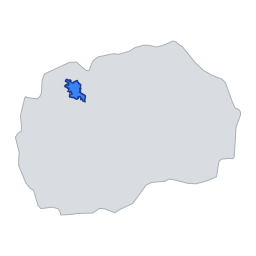 Zhelino, Želino, North Macedonia shown in context
{"feature_id": "65306769B31253280068655", "entity_name": "Zhelino", "entity_type": "district", "adm_level": 2, "iso_a3": "MKD", "parent_name": "North Macedonia", "parent_adm1": "Želino", "projection": "equal_earth", "projection_center": [21.113, 41.927], "detail": "fine", "context": "in_parent", "style": "filled", "palette": "blue", "viewbox_px": 256, "rotation_deg": 0, "n_neighbors": 0, "source": "geoboundaries", "source_scale": "gbopen_adm2", "svg_char_len": 2176}
<svg xmlns="http://www.w3.org/2000/svg" viewBox="0 0 256 256"><path d="M113.4,53.7L118.3,54.3L128.9,51.4L135.5,47.3L138.9,46.7L143.3,45.1L149.8,45.4L156.3,47.1L164.6,44.8L172.8,41.0L176.0,41.9L179.6,45.2L181.9,46.1L195.6,63.1L203.1,70.1L211.9,75.3L221.9,79.1L225.5,82.8L232.0,101.1L235.1,108.0L239.4,110.0L240.4,112.0L240.6,114.7L236.0,127.5L234.3,156.3L233.1,158.6L228.1,158.5L221.5,159.1L219.0,161.4L216.4,176.9L205.7,181.3L196.0,183.8L187.8,183.3L173.4,179.6L168.7,179.2L164.6,181.3L151.8,182.4L146.1,185.1L132.9,203.3L119.5,209.6L114.9,212.8L104.6,208.8L99.7,208.4L92.6,213.0L77.0,213.5L72.8,214.3L60.8,215.0L60.3,212.5L58.1,208.8L52.5,207.1L41.0,208.6L38.2,205.9L33.5,190.4L29.9,188.0L25.8,182.8L18.8,166.0L18.7,158.7L19.2,152.3L15.4,137.3L17.7,133.5L21.3,131.1L21.4,125.1L20.4,115.9L24.7,97.9L25.8,96.6L26.9,97.5L37.2,98.9L39.8,96.6L41.5,93.1L42.1,80.0L44.5,73.9L69.3,62.4L76.5,62.0L82.1,67.3L86.5,70.7L89.2,70.6L90.2,67.2L93.2,60.6L98.2,56.9L113.3,53.7L113.4,53.7Z" fill="#d9dde1" stroke="#a8b0b8" stroke-width="1"/><path d="M84.9,101.7L84.9,99.8L84.7,99.4L85.3,97.7L85.3,95.8L84.6,95.1L83.0,94.5L83.1,94.3L80.9,93.1L80.6,92.7L79.5,92.0L80.5,91.3L80.1,90.1L80.4,89.6L80.0,89.3L80.5,89.0L80.1,88.6L80.5,88.3L80.1,88.0L80.6,86.8L80.5,84.7L81.1,84.4L80.2,84.4L79.6,83.9L79.2,83.9L78.6,82.8L77.8,82.1L77.2,80.6L75.6,81.1L73.6,82.2L73.6,82.8L72.9,82.7L71.4,82.4L70.6,81.6L69.9,81.5L70.8,80.4L70.0,79.9L68.8,80.3L67.7,79.7L67.4,79.9L67.0,79.4L66.6,79.4L66.4,79.4L65.7,80.4L65.5,81.4L67.2,82.0L67.5,82.4L68.3,82.9L68.1,83.4L68.4,83.5L68.7,84.0L68.1,84.2L68.3,84.7L67.7,85.4L67.0,84.6L66.5,84.4L65.7,85.2L65.7,85.7L65.0,85.7L64.8,86.0L65.0,86.1L65.0,86.6L67.5,88.0L67.8,88.5L68.3,88.6L68.7,88.3L68.8,88.9L68.5,90.3L68.6,91.0L68.1,91.5L69.4,91.8L69.9,92.4L70.9,91.4L71.7,93.0L72.0,93.8L71.2,93.9L70.6,94.5L70.0,94.3L70.0,94.8L69.7,94.9L69.8,95.5L69.5,96.0L69.5,96.4L70.0,97.1L70.2,96.9L71.3,97.2L72.3,97.6L73.5,97.3L74.6,98.3L75.1,98.3L75.8,99.0L77.0,99.1L77.6,98.5L77.8,98.7L78.3,98.4L78.1,97.1L78.7,97.1L78.8,96.8L79.3,97.0L79.9,96.6L80.1,97.0L80.5,97.1L80.8,97.6L80.8,99.6L81.2,99.7L82.0,99.0L83.0,101.0L84.9,101.7Z" fill="#3b82f6" stroke="#1e3a8a" stroke-width="1.5"/></svg>